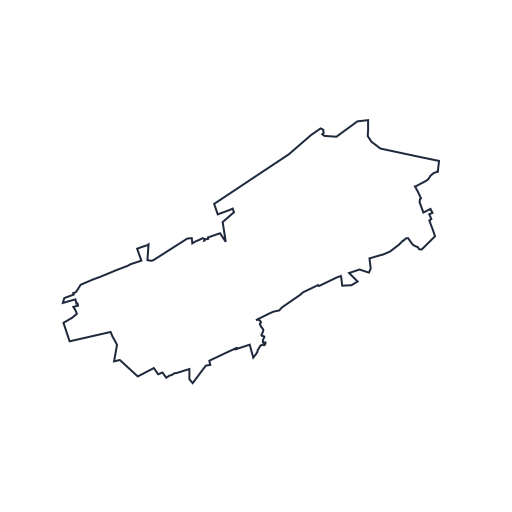 outline of Jaumave, Tamaulipas, Mexico, rotated 71°
{"feature_id": "50627088B13423922112488", "entity_name": "Jaumave", "entity_type": "district", "adm_level": 2, "iso_a3": "MEX", "parent_name": "Mexico", "parent_adm1": "Tamaulipas", "projection": "equal_earth", "projection_center": [-99.351, 23.47], "detail": "fine", "context": "isolated", "style": "outline", "palette": "slate", "viewbox_px": 512, "rotation_deg": 71, "n_neighbors": 0, "source": "geoboundaries", "source_scale": "gbopen_adm2", "svg_char_len": 3192}
<svg xmlns="http://www.w3.org/2000/svg" viewBox="0 0 512 512"><g transform="rotate(71 256 256)"><path d="M164.0,105.8L161.7,116.3L169.4,141.1L164.8,152.1L162.5,153.7L161.9,152.1L158.5,151.3L156.4,153.4L159.6,164.7L170.5,191.8L193.1,278.6L204.2,278.6L203.9,266.1L203.6,262.6L207.5,262.6L208.8,266.0L213.1,276.5L221.6,278.0L232.7,280.0L223.7,282.4L222.8,282.6L222.8,295.4L223.8,295.5L224.2,295.6L224.2,296.5L223.8,297.9L224.1,299.0L224.3,299.2L224.6,299.5L224.6,300.0L223.5,299.1L223.2,299.0L221.8,300.6L222.2,303.8L222.6,308.7L223.3,312.1L218.2,310.9L217.5,313.5L217.2,315.5L226.6,354.7L226.4,356.6L224.6,360.0L210.0,353.8L210.4,355.5L210.4,357.5L210.3,359.7L210.3,361.8L210.3,362.7L210.4,363.1L210.3,363.3L210.4,363.9L210.4,365.1L210.4,366.0L223.1,365.9L222.9,376.8L223.3,379.3L223.5,380.6L224.0,394.4L224.3,398.7L225.0,410.9L225.1,416.8L225.1,417.4L226.1,431.1L231.5,438.0L231.6,441.0L233.1,440.9L233.3,448.0L233.3,449.2L233.5,451.1L237.5,453.9L238.2,440.9L242.6,441.3L242.7,440.3L245.0,440.4L244.7,445.3L247.1,444.7L248.2,444.5L250.4,444.2L252.4,444.3L254.3,449.5L254.6,450.1L256.5,459.8L276.0,460.0L280.5,418.2L285.3,417.9L289.1,417.2L294.7,416.3L309.4,424.5L310.0,418.6L331.4,407.0L330.6,401.7L328.7,389.1L336.0,387.0L335.7,382.4L341.9,380.5L340.9,376.7L341.1,374.7L340.3,371.3L340.8,369.2L340.9,366.0L340.9,365.1L341.2,355.8L344.5,356.9L350.8,359.1L355.6,357.3L343.3,339.1L344.1,334.7L341.2,334.4L339.8,334.2L337.6,314.2L336.6,304.3L337.3,303.0L337.2,305.5L337.6,305.6L337.8,290.8L351.2,291.7L348.4,287.4L347.0,285.8L345.9,285.3L342.8,281.7L342.6,281.4L342.3,281.0L342.0,280.6L342.0,280.2L342.2,279.2L342.3,278.9L342.5,278.4L342.7,277.9L343.0,277.3L342.9,276.6L342.2,275.9L341.6,275.5L341.3,275.3L341.0,275.2L340.7,275.2L340.6,275.4L340.5,275.8L340.6,276.8L340.6,277.0L340.6,277.4L340.3,277.6L339.9,277.6L338.7,277.2L338.2,276.9L337.9,276.8L336.8,276.0L335.5,274.6L335.0,274.4L334.7,274.5L334.4,274.7L334.1,275.1L334.0,275.3L333.6,276.2L333.3,276.4L333.0,276.6L332.7,276.6L332.4,276.5L331.9,276.2L331.6,275.7L330.8,274.9L329.6,273.9L328.9,273.4L328.6,273.3L327.7,273.1L325.6,273.8L324.4,274.3L324.0,274.1L322.9,274.4L322.1,274.6L321.6,274.5L321.3,274.3L321.1,274.0L320.8,273.3L320.6,273.1L320.3,272.9L319.8,272.9L318.6,273.2L318.4,273.5L317.4,274.1L317.0,274.7L316.7,274.9L316.6,276.9L314.7,262.3L314.3,257.6L315.0,251.7L313.1,248.3L307.2,227.2L305.6,223.2L303.7,206.8L304.9,206.3L302.6,186.7L302.5,182.3L304.7,182.5L308.7,183.4L311.9,184.1L312.2,184.1L312.9,181.5L314.7,175.2L313.2,168.2L302.4,173.5L302.5,162.5L308.5,154.6L305.1,151.6L302.7,151.1L295.2,149.5L295.8,136.8L296.0,135.9L296.0,135.4L295.4,127.8L291.9,117.3L289.3,112.0L289.5,111.7L288.1,108.1L288.7,106.4L296.4,104.1L298.3,102.4L300.5,100.0L302.7,99.6L303.7,97.4L303.8,97.2L295.6,80.3L287.7,80.3L285.2,80.4L279.0,80.6L278.4,79.1L278.2,78.2L272.9,78.6L272.7,75.1L268.3,75.7L269.4,83.6L258.2,83.8L255.6,82.4L255.4,81.5L255.1,81.2L247.3,82.1L242.0,83.0L242.1,82.1L240.3,70.7L239.6,68.3L236.8,64.7L235.5,61.1L235.4,59.3L235.5,57.5L235.2,57.2L235.5,56.6L231.5,54.8L228.9,53.5L225.7,52.0L214.6,70.7L203.1,89.8L194.9,103.4L185.5,109.7L179.0,111.3L172.9,108.8L164.0,105.8Z" fill="none" stroke="#1e293b" stroke-width="2"/></g></svg>